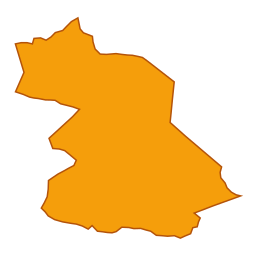 Meruoca, Ceará, Brazil
{"feature_id": "56859067B26232232451601", "entity_name": "Meruoca", "entity_type": "district", "adm_level": 2, "iso_a3": "BRA", "parent_name": "Brazil", "parent_adm1": "Ceará", "projection": "mercator", "projection_center": [-40.459, -3.57], "detail": "fine", "context": "isolated", "style": "filled", "palette": "amber", "viewbox_px": 256, "rotation_deg": 0, "n_neighbors": 0, "source": "geoboundaries", "source_scale": "gbopen_adm2", "svg_char_len": 1274}
<svg xmlns="http://www.w3.org/2000/svg" viewBox="0 0 256 256"><path d="M54.6,219.6L62.7,221.9L71.4,223.4L76.4,224.1L82.3,226.0L88.2,229.1L92.1,225.6L97.4,231.2L102.7,231.8L107.4,232.5L112.1,232.8L116.2,231.6L121.8,227.2L128.9,227.5L133.8,228.6L140.7,228.4L146.0,230.0L150.7,231.2L156.3,235.3L162.0,235.7L167.5,236.2L174.4,235.7L180.4,238.1L185.0,236.0L190.6,233.7L192.8,227.7L197.2,226.8L198.5,221.9L200.2,218.0L194.2,213.1L213.2,205.8L240.6,195.9L236.1,194.8L231.4,192.2L227.0,187.8L225.1,183.0L220.8,177.8L220.1,172.4L221.6,166.9L185.6,136.3L170.1,122.5L171.0,113.7L172.4,99.2L174.2,81.9L147.3,61.0L142.5,57.5L138.3,56.5L132.5,55.3L127.1,55.0L121.8,54.4L116.0,53.6L106.5,54.4L100.2,54.1L95.1,49.0L93.0,41.9L92.4,36.3L83.4,32.8L80.1,28.9L77.9,17.9L71.4,21.6L66.6,26.4L62.7,30.5L55.3,32.6L51.0,37.0L46.1,40.2L40.6,37.9L34.0,38.4L32.4,43.9L27.1,42.7L21.1,42.7L15.4,43.9L24.0,72.4L15.5,91.8L23.0,94.3L29.6,97.1L33.9,98.0L38.3,98.5L45.5,99.9L50.3,100.0L55.1,100.3L60.6,103.8L67.8,105.6L72.9,106.9L79.5,109.3L72.6,116.7L49.0,138.3L52.8,148.5L59.3,149.0L64.7,150.6L68.9,154.0L76.3,160.2L73.9,165.5L68.7,168.2L64.1,170.8L57.9,174.1L48.5,180.5L48.2,189.3L47.2,196.8L44.3,202.8L41.3,208.1L45.2,211.9L48.2,215.9L54.6,219.6Z" fill="#f59e0b" stroke="#b45309" stroke-width="1.5"/></svg>